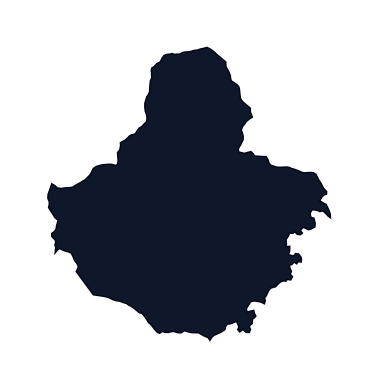 outline of Batatais, São Paulo, Brazil, rotated 101°
{"feature_id": "56859067B57164081462165", "entity_name": "Batatais", "entity_type": "district", "adm_level": 2, "iso_a3": "BRA", "parent_name": "Brazil", "parent_adm1": "São Paulo", "projection": "albers", "projection_center": [-47.578, -20.866], "detail": "fine", "context": "isolated", "style": "filled", "palette": "ink", "viewbox_px": 384, "rotation_deg": 101, "n_neighbors": 0, "source": "geoboundaries", "source_scale": "gbopen_adm2", "svg_char_len": 3772}
<svg xmlns="http://www.w3.org/2000/svg" viewBox="0 0 384 384"><g transform="rotate(101 192 192)"><path d="M334.2,146.1L330.8,144.8L328.6,143.1L326.7,140.5L324.1,136.8L320.9,133.5L317.6,133.3L314.8,132.0L314.2,129.4L312.5,126.7L310.4,123.6L313.2,121.7L315.4,120.2L318.4,120.8L320.3,118.4L317.1,115.7L319.5,112.4L319.0,109.0L315.6,108.3L313.6,110.0L311.3,109.4L309.7,107.8L305.6,108.5L304.0,107.1L301.6,105.6L299.3,107.6L296.4,108.8L297.7,111.6L299.4,115.0L296.7,116.3L294.5,115.9L291.6,114.7L288.4,113.4L287.0,109.8L286.8,105.1L287.0,102.6L287.9,99.6L284.6,99.3L282.3,100.7L279.7,99.3L277.2,98.8L274.0,97.9L271.1,96.0L269.0,91.8L266.2,90.1L263.2,87.8L261.7,85.2L261.7,82.8L259.6,82.0L259.5,78.3L256.0,77.2L253.7,80.0L251.1,79.2L248.5,81.1L245.4,82.3L243.9,80.0L241.3,78.3L242.5,75.5L240.1,74.6L239.9,71.4L237.1,71.7L235.0,72.7L232.5,75.6L232.7,78.7L235.2,79.6L235.3,82.6L235.2,85.3L231.4,84.9L226.7,85.7L227.9,88.7L225.6,89.3L220.7,90.6L217.5,89.3L213.7,88.3L213.4,85.2L211.5,83.5L213.5,80.5L213.2,77.3L211.2,75.8L209.2,78.3L205.5,76.4L205.9,73.7L206.8,70.7L205.3,67.6L202.8,64.7L199.3,65.1L194.4,67.4L194.4,70.0L192.1,71.5L189.6,71.9L186.3,70.5L186.1,65.5L186.8,62.8L185.6,59.9L187.6,56.6L189.7,53.7L190.9,51.2L187.4,52.0L184.0,54.0L178.6,57.9L177.8,60.9L176.2,64.9L172.7,63.8L169.8,62.0L168.5,59.6L165.9,59.9L163.3,63.6L159.0,66.9L156.3,69.6L153.5,71.8L151.0,73.7L149.9,76.8L150.3,79.7L151.2,83.2L151.9,85.8L151.6,88.7L150.8,92.0L150.2,95.4L150.0,98.3L149.3,101.2L149.4,103.9L151.0,110.3L151.4,113.6L150.7,119.6L149.1,121.8L145.9,123.5L143.1,125.9L143.7,128.9L144.7,137.5L142.9,139.1L141.1,141.9L144.1,148.0L143.8,153.6L141.4,154.9L139.1,154.3L136.8,153.4L130.8,151.8L127.1,152.5L123.8,154.2L121.7,155.5L118.0,154.8L115.2,153.3L112.3,152.0L108.8,149.1L107.1,147.1L105.1,148.2L102.5,149.9L98.5,150.9L96.3,154.9L94.0,158.9L92.5,161.0L90.3,162.5L86.0,163.9L82.5,164.9L79.8,166.1L78.0,168.4L76.8,171.2L75.4,174.7L72.9,175.9L70.4,176.6L67.4,178.5L64.5,180.9L62.5,182.6L57.9,183.7L55.8,187.6L54.2,190.1L52.8,193.0L50.5,196.5L48.3,200.9L47.2,204.8L48.9,208.3L49.9,210.8L51.5,213.4L52.7,217.2L54.8,221.0L55.7,224.7L56.7,227.6L59.0,230.3L59.5,232.9L60.3,235.6L59.9,237.9L61.0,240.1L61.6,242.6L63.3,245.5L66.3,246.8L70.4,248.0L72.6,251.0L76.0,252.9L77.8,255.0L80.3,255.2L83.5,254.2L87.8,253.3L90.5,254.0L93.7,253.8L96.4,253.5L98.8,253.2L101.5,252.7L105.1,253.6L107.4,254.6L110.6,254.9L114.0,255.2L118.0,254.4L121.5,253.3L125.0,251.3L128.2,250.2L131.7,250.0L134.2,251.9L137.4,253.8L139.4,256.1L142.2,257.5L144.5,258.2L146.4,259.6L147.5,262.4L149.0,264.1L151.2,265.5L154.1,267.7L157.2,271.7L160.2,270.9L164.4,271.0L167.5,272.6L171.0,271.7L175.7,270.4L178.1,270.3L180.5,271.4L180.2,276.1L180.8,279.7L182.6,285.7L185.2,290.8L187.9,293.4L193.3,294.8L195.3,295.8L200.5,299.3L206.2,305.8L207.8,307.8L210.1,310.1L211.3,313.5L212.1,317.3L213.5,320.9L213.7,325.0L211.9,327.8L210.7,331.2L222.0,332.8L225.6,332.3L228.7,330.3L231.5,329.7L234.6,329.8L236.9,327.7L243.5,321.4L245.2,318.0L250.9,318.5L254.2,318.3L256.9,319.5L259.5,321.8L262.4,321.2L264.0,318.8L265.5,316.9L267.6,316.1L269.9,316.5L272.4,315.2L277.8,314.7L274.9,313.2L272.6,311.2L273.6,308.5L274.1,305.4L274.4,301.7L275.1,298.8L277.9,296.6L281.8,294.1L283.6,291.8L287.0,289.2L292.2,290.4L311.7,269.3L311.3,260.2L311.2,257.0L311.6,253.0L312.7,249.3L313.2,245.4L312.9,242.8L313.2,240.5L313.7,238.1L313.9,234.9L315.2,232.4L315.7,230.1L317.3,226.5L320.5,220.7L320.7,217.8L323.4,214.6L325.8,212.2L328.4,209.8L330.0,206.9L332.1,204.6L334.2,202.2L336.4,199.2L336.8,196.8L334.5,194.4L334.9,191.5L334.2,188.0L333.0,185.7L332.3,182.9L332.8,180.0L332.4,175.9L329.6,173.0L330.0,169.0L330.1,166.0L329.8,163.3L328.9,158.9L330.0,155.5L330.8,153.3L331.4,150.9L331.8,148.5L334.2,146.1Z" fill="#0f172a" stroke="#020617" stroke-width="1.5"/></g></svg>